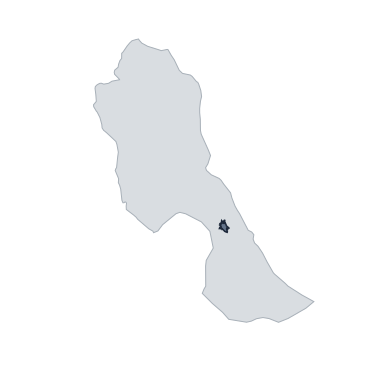 Līvbērzes pag., Jelgava, Latvia (highlighted), rotated 237°
{"feature_id": "27541924B18412094384348", "entity_name": "Līvbērzes pag.", "entity_type": "district", "adm_level": 2, "iso_a3": "LVA", "parent_name": "Latvia", "parent_adm1": "Jelgava", "projection": "equal_earth", "projection_center": [23.561, 56.717], "detail": "fine", "context": "in_parent", "style": "filled", "palette": "slate", "viewbox_px": 384, "rotation_deg": 237, "n_neighbors": 0, "source": "geoboundaries", "source_scale": "gbopen_adm2", "svg_char_len": 4247}
<svg xmlns="http://www.w3.org/2000/svg" viewBox="0 0 384 384"><g transform="rotate(237 192 192)"><path d="M280.9,256.6L278.6,256.3L272.2,254.6L266.8,252.0L263.6,248.6L258.0,244.0L254.3,241.6L248.5,238.6L239.0,232.6L235.5,231.2L218.6,228.6L212.5,227.4L206.9,220.6L205.0,216.6L202.2,215.9L199.2,216.7L196.0,217.5L188.5,222.2L186.0,222.8L181.3,222.9L170.3,223.9L165.3,222.2L156.7,220.4L152.0,220.1L147.8,220.1L129.3,218.3L125.9,220.3L122.5,220.6L119.2,217.6L115.1,216.7L110.6,217.8L102.3,217.9L92.5,216.9L80.0,216.2L78.2,216.5L64.3,220.5L60.9,221.2L45.7,228.1L33.7,234.5L32.5,224.2L33.6,203.7L35.6,193.6L43.9,187.7L48.1,183.1L50.6,177.1L51.4,171.4L53.1,166.8L65.2,153.5L74.5,152.1L87.3,148.4L101.4,145.4L104.1,149.3L105.5,152.2L122.5,163.1L126.9,166.7L133.4,179.3L149.3,185.6L161.8,183.6L167.2,180.5L177.2,174.8L181.6,170.7L182.5,166.7L180.6,149.6L177.9,142.2L178.8,137.6L180.5,137.9L184.7,135.7L198.6,131.6L201.3,131.4L204.5,130.5L213.1,127.4L216.0,129.1L218.3,131.0L219.6,131.0L220.2,130.3L220.0,129.1L220.6,128.2L223.2,128.7L233.3,133.8L237.2,135.0L239.9,135.3L243.1,137.7L251.8,139.3L252.9,140.6L253.6,142.1L261.8,148.7L265.5,151.9L272.7,154.9L275.8,155.7L288.4,152.6L291.8,151.5L294.7,151.5L297.7,153.1L304.5,155.3L310.7,156.0L311.8,155.8L317.0,156.0L318.8,156.9L320.1,161.1L326.1,164.4L331.7,167.1L333.1,168.4L333.6,170.8L333.4,173.6L332.7,175.1L330.5,176.8L328.6,181.2L328.5,185.3L325.6,192.4L326.3,192.5L332.9,191.2L334.8,192.0L336.3,193.6L336.9,198.0L339.2,200.1L341.5,203.2L342.3,205.7L346.6,208.6L347.0,210.5L349.8,217.2L351.0,221.1L351.5,224.1L350.4,227.9L349.4,230.5L348.0,230.4L344.2,231.0L338.3,234.2L329.5,241.5L327.3,243.2L325.1,248.8L324.5,249.4L319.3,249.1L317.9,249.0L312.6,249.1L301.1,247.6L296.7,248.6L291.0,254.3L288.8,255.1L282.0,255.9L280.9,256.6Z" fill="#d9dde1" stroke="#a8b0b8" stroke-width="1"/><path d="M139.3,199.9L139.4,200.0L139.5,200.0L139.8,200.2L139.9,200.3L140.0,200.4L140.3,200.3L140.6,200.4L140.9,200.4L141.2,200.5L141.4,200.5L141.5,200.5L141.8,200.7L141.8,200.8L142.3,201.1L142.5,201.1L142.7,201.3L142.4,201.4L142.2,201.4L142.0,201.5L141.9,201.5L141.7,201.4L141.4,201.4L141.3,201.6L141.5,201.7L141.6,201.8L141.9,202.0L142.1,202.3L142.2,202.5L141.9,202.7L141.6,203.3L141.9,203.4L142.1,203.3L142.3,203.3L142.5,203.2L142.8,203.1L143.0,203.0L143.2,202.9L143.4,202.8L143.5,202.8L143.9,202.8L144.0,202.7L144.3,202.6L144.6,202.5L144.7,202.4L144.9,202.5L145.1,202.5L145.5,202.6L145.9,202.7L146.1,202.7L146.2,202.8L146.4,202.8L146.6,202.8L147.3,203.0L148.1,203.1L148.3,203.2L148.5,203.2L148.8,203.2L149.0,203.2L149.1,203.3L149.7,203.4L149.8,203.5L149.8,203.4L150.3,203.6L150.5,203.6L150.4,203.4L150.5,203.3L150.4,203.2L150.4,203.3L150.4,203.2L150.2,203.2L149.9,203.2L149.7,203.1L149.8,203.1L149.7,203.1L149.6,202.9L149.5,203.0L149.4,203.0L149.2,203.0L149.1,202.9L148.9,202.8L148.9,202.7L148.7,202.4L148.5,202.2L148.6,201.9L148.5,201.7L148.3,201.7L148.5,201.4L148.7,201.2L148.7,201.3L148.8,201.4L149.1,201.6L149.2,201.3L149.3,201.4L149.4,201.5L149.6,201.4L149.8,201.4L149.9,201.5L150.0,201.6L150.6,201.6L151.0,201.6L151.4,201.3L151.7,201.2L151.8,201.2L151.6,201.0L151.3,200.8L151.2,200.8L151.0,200.6L150.8,200.5L150.7,200.4L150.4,200.2L150.3,199.9L150.3,199.7L150.2,199.6L150.0,199.4L149.8,199.4L149.7,199.3L149.4,199.2L149.5,199.0L149.5,198.9L149.8,198.8L150.0,198.7L150.3,198.6L150.3,198.4L150.3,198.2L150.0,198.1L149.9,198.0L149.7,198.0L149.6,197.9L149.3,197.9L149.2,197.8L149.1,197.7L149.2,197.4L149.2,197.2L148.8,197.3L148.7,197.4L148.6,197.5L148.8,197.9L148.6,198.0L148.5,197.9L148.3,197.7L148.2,197.7L147.8,197.7L147.6,197.6L147.4,197.5L147.2,197.6L147.0,197.4L147.1,197.1L146.7,196.9L146.4,197.0L146.4,196.9L146.9,196.8L147.1,196.7L146.7,195.8L146.3,195.8L146.4,195.7L146.7,195.5L146.8,195.5L146.4,195.0L146.2,195.3L146.1,195.6L145.9,195.8L145.8,196.0L145.7,196.0L145.4,196.2L145.4,196.3L145.3,196.9L144.8,197.1L144.7,197.4L144.3,197.3L144.3,197.2L144.5,196.9L144.4,196.9L144.2,196.8L144.1,197.0L143.7,197.6L142.5,197.8L141.5,197.9L141.5,198.0L141.4,198.0L141.2,198.0L140.9,198.2L140.7,198.3L140.4,198.5L140.5,198.5L140.4,198.5L140.3,198.8L140.2,198.9L140.0,199.0L139.9,199.0L139.6,199.2L139.6,199.4L139.6,199.5L139.4,199.7L139.2,199.8L139.3,199.9Z" fill="#64748b" stroke="#1e293b" stroke-width="1.5"/></g></svg>